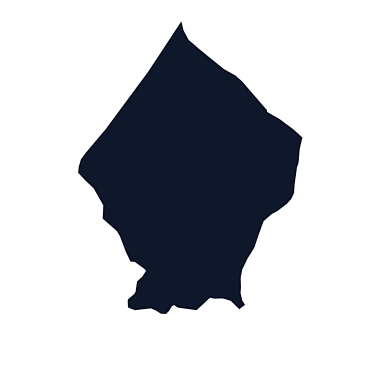 the district of At Tawisha, North Darfur, Sudan, rotated 306°
{"feature_id": "16777658B99134318369126", "entity_name": "At Tawisha", "entity_type": "district", "adm_level": 2, "iso_a3": "SDN", "parent_name": "Sudan", "parent_adm1": "North Darfur", "projection": "albers", "projection_center": [26.309, 12.46], "detail": "fine", "context": "isolated", "style": "filled", "palette": "ink", "viewbox_px": 384, "rotation_deg": 306, "n_neighbors": 0, "source": "geoboundaries", "source_scale": "gbopen_adm2", "svg_char_len": 2773}
<svg xmlns="http://www.w3.org/2000/svg" viewBox="0 0 384 384"><g transform="rotate(306 192 192)"><path d="M300.1,249.0L300.2,248.6L300.6,245.8L301.1,240.8L301.5,237.4L301.6,232.8L301.6,227.7L301.6,226.4L301.7,222.1L301.7,219.9L301.7,219.7L300.7,210.8L300.6,209.5L300.2,206.7L300.3,206.5L300.2,205.5L301.7,203.8L302.4,200.5L303.3,196.7L304.1,193.3L310.2,167.3L310.2,167.2L311.0,158.5L310.6,155.2L310.0,150.4L309.6,146.8L309.6,146.7L309.4,145.3L309.5,144.5L309.9,136.7L309.9,136.3L310.1,133.2L310.2,130.7L310.5,124.9L310.8,120.3L310.8,120.2L311.1,114.4L311.1,114.1L311.2,112.8L311.4,110.7L311.9,105.1L312.3,99.5L312.4,99.4L315.0,94.1L316.2,91.6L317.2,89.7L321.5,84.6L322.1,83.9L283.7,85.7L262.9,86.6L191.9,86.0L161.9,83.8L153.3,83.7L146.0,86.3L141.3,89.1L139.4,99.2L137.9,110.5L129.7,128.6L118.7,135.8L118.0,143.4L117.0,154.4L114.4,160.3L105.4,173.9L100.4,183.2L100.4,183.3L100.7,183.6L102.6,186.5L102.6,187.1L102.6,189.0L102.6,192.3L102.6,194.9L102.6,195.2L102.6,196.7L102.6,197.4L102.6,197.5L102.6,197.9L102.6,198.7L102.6,198.8L102.0,201.9L100.1,202.0L96.4,202.2L95.4,202.3L95.1,202.3L94.3,202.3L94.1,202.3L93.5,202.2L90.3,201.5L87.9,201.0L87.5,200.9L86.4,201.5L85.2,202.1L84.9,202.3L82.5,203.5L82.0,203.8L78.3,205.7L78.0,205.9L77.2,205.9L76.5,205.9L75.9,205.9L75.7,205.9L75.0,205.9L73.7,205.6L72.7,205.3L71.3,205.0L71.2,205.0L70.9,204.9L70.7,204.9L69.4,204.5L69.2,204.5L68.4,204.3L68.0,204.2L67.9,204.2L67.6,204.1L67.4,204.1L67.2,204.2L67.1,204.3L66.8,204.5L66.7,204.6L66.4,204.8L66.2,204.9L66.1,205.0L65.9,205.2L65.7,205.3L65.5,205.5L65.4,205.5L65.2,205.7L64.9,205.9L64.8,206.0L64.7,206.1L64.2,206.4L64.1,206.5L63.9,206.6L63.7,206.8L63.5,207.0L63.4,207.1L62.5,207.9L62.3,208.0L62.2,208.2L62.1,208.3L61.9,208.4L61.9,208.5L62.1,209.4L62.1,209.7L63.0,213.0L63.1,213.3L63.3,213.8L63.6,215.0L65.2,216.7L66.0,217.6L67.1,218.8L69.5,221.4L71.2,223.3L71.3,223.3L73.6,225.9L73.9,226.3L74.5,227.0L74.6,227.3L74.7,227.9L75.6,232.2L75.7,233.2L75.7,233.5L75.8,235.5L76.0,237.4L76.0,238.0L78.5,242.0L81.9,242.5L84.2,242.4L85.8,242.3L86.3,242.2L88.0,242.1L90.7,243.5L90.8,243.6L90.8,244.2L90.8,244.7L90.8,245.4L90.8,245.8L90.8,246.9L90.8,247.9L90.8,248.0L92.6,251.5L94.6,255.2L94.8,255.6L95.8,257.4L97.6,260.7L98.1,261.7L98.8,263.0L99.7,264.5L110.2,266.6L111.9,266.9L113.9,267.3L115.6,267.6L117.5,268.0L119.3,271.8L119.5,272.2L119.8,272.9L121.0,274.3L124.5,278.8L125.2,280.6L125.8,282.2L127.5,287.3L125.9,298.2L125.8,298.6L131.5,300.3L133.0,296.1L138.4,290.0L142.7,287.4L150.9,281.1L158.5,277.5L171.2,275.2L178.4,274.8L184.1,274.2L196.1,270.4L210.4,266.3L216.0,267.5L221.4,268.8L226.6,271.4L238.2,274.9L244.9,275.6L250.9,274.4L258.1,269.9L273.4,261.7L275.9,261.0L278.7,259.9L289.7,253.2L298.5,249.5L299.4,249.2L300.1,249.0Z" fill="#0f172a" stroke="#020617" stroke-width="1.5"/></g></svg>